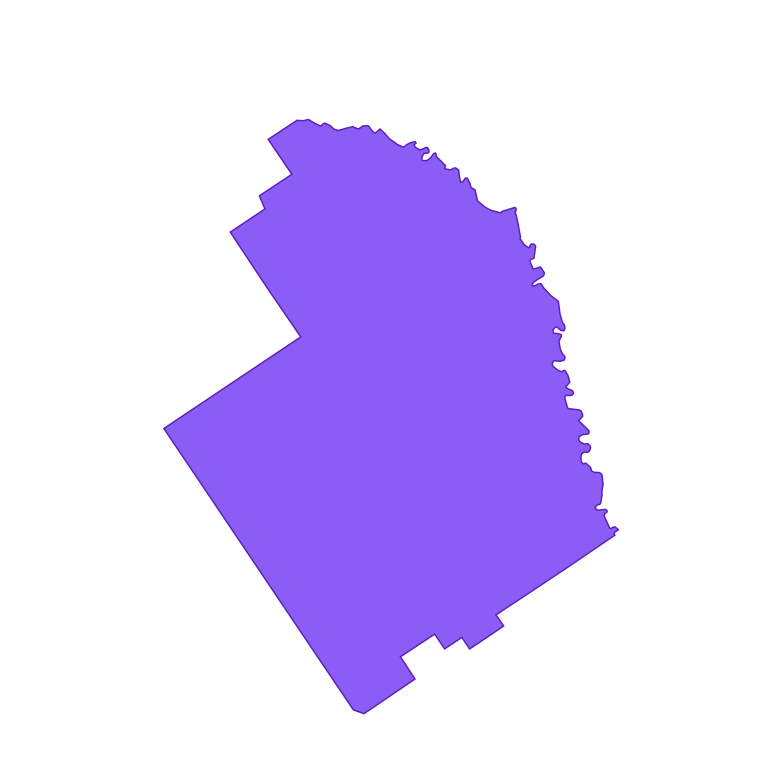 Pearl River, Mississippi, United States of America, rotated 146°
{"feature_id": "52423323B37211265449281", "entity_name": "Pearl River", "entity_type": "district", "adm_level": 2, "iso_a3": "USA", "parent_name": "United States of America", "parent_adm1": "Mississippi", "projection": "robinson", "projection_center": [-89.76, 30.737], "detail": "fine", "context": "isolated", "style": "filled", "palette": "violet", "viewbox_px": 768, "rotation_deg": 146, "n_neighbors": 0, "source": "geoboundaries", "source_scale": "gbopen_adm2", "svg_char_len": 3435}
<svg xmlns="http://www.w3.org/2000/svg" viewBox="0 0 768 768"><g transform="rotate(146 384 384)"><path d="M277.2,129.6L277.2,130.9L275.7,132.1L271.2,132.1L272.2,136.1L274.0,137.2L276.8,137.2L277.5,138.3L275.7,149.0L275.3,151.3L273.9,152.9L270.9,153.1L270.1,153.8L269.9,154.8L270.7,156.4L277.0,159.6L278.0,160.9L278.1,163.2L277.3,164.0L276.2,164.3L274.5,164.4L272.5,163.6L271.1,164.0L265.0,170.3L264.6,171.7L258.5,178.5L254.3,186.1L254.1,187.6L254.7,189.9L259.4,193.5L260.3,195.3L260.4,196.4L259.4,199.3L260.9,205.4L263.4,206.4L264.0,208.1L263.7,209.7L262.1,212.7L259.4,215.5L256.1,215.6L253.4,213.5L251.8,213.4L249.2,214.7L247.9,216.5L247.7,218.0L248.4,220.5L250.0,221.6L251.5,221.9L254.0,226.9L253.7,228.9L252.4,230.5L250.8,231.4L247.2,230.8L243.0,228.5L241.6,228.7L240.7,229.5L240.3,230.9L241.6,237.3L243.2,244.9L238.8,245.7L237.4,246.1L236.2,248.2L235.7,251.7L236.7,253.4L244.6,260.2L245.0,261.0L244.9,262.6L241.8,271.4L241.1,272.4L239.4,272.8L236.1,270.3L233.8,269.6L232.3,270.1L231.8,270.9L231.5,272.3L232.0,273.9L234.3,277.3L234.9,279.5L234.6,280.2L232.9,280.5L229.0,281.6L226.9,287.5L226.3,293.1L226.6,294.2L227.4,294.7L229.5,294.5L231.9,297.6L234.1,304.6L233.1,306.7L230.3,308.6L225.6,304.4L221.6,303.1L220.9,303.3L219.9,303.9L218.8,305.6L219.1,309.4L218.5,313.9L215.5,320.8L215.1,321.5L212.2,323.4L210.6,324.1L209.8,325.0L209.5,325.9L210.0,326.5L211.9,328.8L213.1,329.8L213.8,330.3L214.9,331.1L215.0,332.0L214.7,333.0L213.4,334.4L210.2,335.4L209.0,335.0L208.6,333.7L207.9,331.6L207.5,329.9L205.5,327.7L204.6,327.7L203.3,328.5L201.7,331.1L201.4,332.4L201.7,334.9L199.0,343.5L193.2,355.0L196.2,363.9L197.9,374.5L197.7,379.3L199.8,380.6L203.0,380.9L205.2,381.5L205.8,382.2L205.4,383.5L204.6,384.2L201.3,384.8L197.6,384.8L191.4,384.5L190.1,385.2L189.8,385.5L188.9,386.7L188.8,392.9L189.3,393.9L192.0,394.3L196.0,396.0L194.4,404.3L192.9,405.2L189.4,404.4L181.6,413.0L181.0,414.0L181.5,416.0L183.4,417.6L184.9,417.4L186.9,416.0L187.9,416.1L189.7,420.4L190.0,428.5L188.9,429.0L182.3,444.3L180.5,448.8L179.3,452.7L179.1,453.4L177.8,453.8L176.4,455.6L176.7,457.2L185.5,459.8L189.5,461.0L191.8,460.8L198.5,468.6L201.1,473.7L204.1,483.4L199.9,494.1L201.4,497.0L201.9,498.5L200.6,502.1L199.9,508.1L201.5,509.2L205.1,507.7L206.3,507.8L207.5,508.6L207.0,510.1L204.8,515.2L202.8,519.1L202.7,520.5L203.8,523.0L205.5,524.0L209.0,524.2L213.0,528.2L212.5,529.6L211.8,530.1L210.9,530.7L213.3,542.9L212.2,546.0L212.3,546.8L213.8,547.2L215.8,546.6L218.9,545.5L223.3,545.2L226.7,547.2L227.2,548.1L226.9,549.3L225.0,551.5L221.5,552.8L218.6,550.9L217.6,550.9L216.5,551.7L215.7,553.9L215.7,555.5L216.5,556.5L223.3,557.8L225.6,562.6L225.4,565.2L223.7,565.7L222.7,565.8L222.6,566.5L222.6,567.3L223.8,568.0L226.1,568.8L228.1,569.4L231.8,569.7L234.9,569.2L235.4,569.5L238.8,574.8L241.9,583.0L242.6,585.4L243.2,591.0L244.7,597.6L250.9,596.9L252.3,599.5L252.5,606.4L252.8,606.9L257.1,609.7L262.4,609.6L265.3,613.3L265.6,614.6L272.0,617.1L278.8,619.2L280.1,619.8L282.9,623.0L284.1,628.2L287.2,633.4L290.0,633.7L291.9,632.9L292.3,633.3L295.6,638.6L298.7,645.6L303.5,647.3L308.2,650.8L308.4,651.2L343.2,651.6L343.1,609.4L382.1,609.7L384.8,595.7L426.5,595.9L427.1,529.8L426.7,469.6L591.4,470.2L591.4,424.7L591.6,268.6L591.6,218.4L591.6,130.9L584.9,121.9L523.3,122.1L522.9,148.7L481.8,148.3L481.9,130.5L461.2,130.4L461.2,116.5L435.7,116.4L420.1,116.5L420.3,130.0L373.0,129.6L337.3,129.4L277.2,129.6Z" fill="#8b5cf6" stroke="#5b21b6" stroke-width="1.5"/></g></svg>